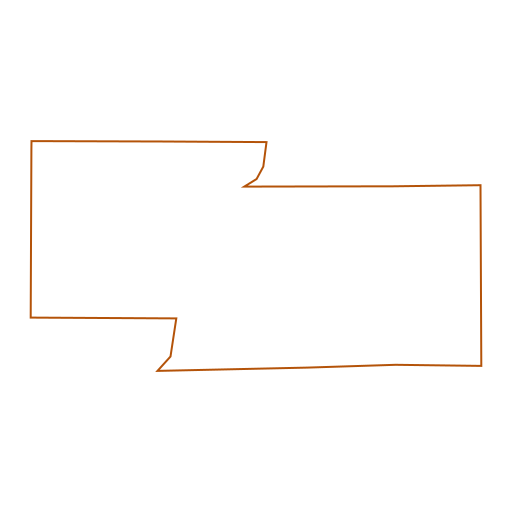 Marshall, Illinois, United States of America (orthographic projection)
{"feature_id": "52423323B57387321638409", "entity_name": "Marshall", "entity_type": "district", "adm_level": 2, "iso_a3": "USA", "parent_name": "United States of America", "parent_adm1": "Illinois", "projection": "orthographic", "projection_center": [-89.369, 41.035], "detail": "fine", "context": "isolated", "style": "outline", "palette": "amber", "viewbox_px": 512, "rotation_deg": 0, "n_neighbors": 0, "source": "geoboundaries", "source_scale": "gbopen_adm2", "svg_char_len": 328}
<svg xmlns="http://www.w3.org/2000/svg" viewBox="0 0 512 512"><path d="M162.5,141.5L31.5,141.1L31.4,148.4L30.7,317.6L176.3,318.4L170.5,356.5L157.5,370.9L307.3,367.6L395.6,364.8L481.3,365.9L480.5,185.2L393.5,186.3L244.3,186.6L256.6,179.0L263.3,166.6L266.5,142.1L162.5,141.5Z" fill="none" stroke="#b45309" stroke-width="2"/></svg>